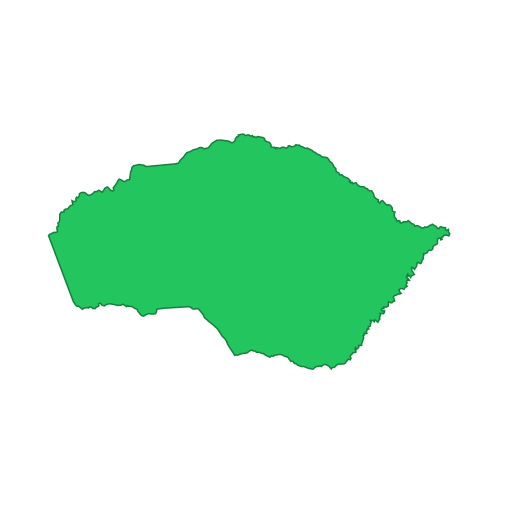 Jaraguari, Mato Grosso do Sul, Brazil, rotated 333°
{"feature_id": "56859067B2748289037415", "entity_name": "Jaraguari", "entity_type": "district", "adm_level": 2, "iso_a3": "BRA", "parent_name": "Brazil", "parent_adm1": "Mato Grosso do Sul", "projection": "equal_earth", "projection_center": [-54.287, -20.248], "detail": "fine", "context": "isolated", "style": "filled", "palette": "green", "viewbox_px": 512, "rotation_deg": 333, "n_neighbors": 0, "source": "geoboundaries", "source_scale": "gbopen_adm2", "svg_char_len": 6140}
<svg xmlns="http://www.w3.org/2000/svg" viewBox="0 0 512 512"><g transform="rotate(333 256 256)"><path d="M225.8,137.2L198.8,126.5L197.1,123.9L195.7,123.3L194.3,121.9L192.0,121.0L189.9,120.6L188.0,120.0L185.6,120.8L184.4,122.8L182.9,123.6L178.1,130.4L175.2,129.7L173.7,130.3L172.2,129.7L171.2,128.4L170.2,126.7L169.0,125.4L167.0,126.3L165.2,127.7L163.0,128.9L160.8,129.9L159.7,130.5L159.1,132.9L157.5,132.9L156.2,131.1L155.2,127.3L153.6,126.8L151.9,127.1L150.1,128.3L147.8,129.4L146.9,127.6L145.8,126.1L144.4,126.0L143.3,126.4L141.4,125.4L139.1,126.2L136.4,126.6L134.3,125.8L133.3,124.2L132.6,122.3L131.1,120.9L129.0,120.2L127.0,120.3L126.2,121.7L125.1,122.6L123.6,123.2L122.8,122.1L121.5,123.2L120.8,125.2L119.6,125.2L118.1,124.6L117.2,123.2L116.7,124.7L116.3,126.8L115.0,127.2L113.4,126.9L111.7,127.5L110.3,128.3L109.0,128.5L107.7,127.7L105.8,128.0L104.9,129.7L102.5,128.4L100.0,129.8L97.5,134.8L96.2,136.3L94.4,136.7L93.8,139.6L92.4,139.4L91.2,140.6L90.2,144.1L88.6,144.3L86.9,143.2L81.8,143.0L80.4,143.6L72.5,214.4L72.9,216.1L73.1,218.0L73.6,219.6L75.0,220.0L77.2,224.7L78.8,224.4L81.8,225.1L83.2,226.3L84.7,225.8L86.3,227.1L86.7,228.7L88.8,229.8L90.3,229.1L92.1,229.3L93.4,229.0L93.9,227.2L95.8,227.2L96.3,229.6L98.1,231.6L100.2,231.3L102.4,231.6L104.5,232.5L108.8,235.8L110.1,237.2L111.3,237.5L112.4,238.3L114.1,238.6L115.4,238.4L116.6,240.3L117.8,242.5L119.1,241.9L119.8,243.1L121.5,243.9L123.0,245.4L124.0,247.3L125.9,249.7L125.7,252.0L126.8,256.7L128.2,258.4L130.1,258.6L131.3,258.2L134.4,258.6L136.1,260.0L137.6,260.8L140.3,261.8L141.9,260.6L143.5,258.3L150.7,260.9L173.0,270.6L174.3,271.7L175.4,274.2L176.9,275.3L180.6,276.6L182.3,284.1L182.1,287.7L183.5,290.6L183.9,292.2L186.2,297.0L188.6,303.4L189.0,307.4L189.3,308.9L189.3,310.9L189.6,312.6L190.7,315.5L191.0,317.9L190.7,322.0L191.0,326.0L191.8,332.5L191.8,334.8L193.0,335.0L194.8,336.1L197.4,336.2L199.3,336.7L203.3,338.1L204.7,338.2L206.6,337.7L208.5,337.7L209.8,338.2L210.6,339.5L211.9,340.1L212.9,342.2L214.4,342.9L215.9,343.9L216.8,345.4L218.1,346.0L218.8,347.6L221.6,351.6L222.7,352.5L224.6,352.0L225.8,353.2L227.3,352.8L230.5,353.8L232.8,354.6L234.9,356.5L235.7,358.0L237.8,359.9L238.6,361.4L238.7,363.7L239.3,365.7L241.2,366.8L241.4,369.2L242.9,370.1L243.7,372.4L246.8,375.5L248.1,375.9L249.7,377.5L251.1,379.2L252.8,380.8L255.4,382.7L257.1,382.2L258.8,382.0L260.3,382.0L261.5,382.7L262.8,382.8L264.0,384.2L265.4,383.7L266.8,383.6L268.5,384.0L269.7,385.5L271.0,387.3L271.3,389.2L271.8,390.8L273.0,390.0L274.5,390.6L276.4,390.6L278.3,389.7L279.6,389.8L280.8,389.9L283.6,391.3L285.3,392.0L287.1,392.0L288.1,391.1L289.7,390.7L291.3,389.8L292.8,391.2L294.2,390.4L294.4,388.0L295.7,387.3L297.1,387.0L298.5,386.2L301.2,387.1L302.0,385.7L301.9,384.0L303.1,382.8L303.3,384.6L304.6,384.6L305.9,384.2L307.0,382.2L308.0,383.0L309.6,383.5L310.3,382.1L313.7,378.9L315.0,377.5L315.1,375.7L316.4,375.6L317.3,373.9L318.2,375.0L319.8,375.2L319.8,373.3L321.0,373.0L321.9,371.5L323.4,372.3L323.8,370.1L326.0,370.3L327.3,368.3L328.6,367.3L328.7,365.3L330.7,366.5L331.5,368.3L332.7,366.8L333.6,368.2L334.5,370.4L336.3,369.1L337.7,368.5L338.3,366.4L339.9,365.5L340.5,363.4L343.0,365.2L344.4,364.9L345.7,363.3L343.9,362.4L343.2,361.1L344.2,360.0L346.0,361.0L346.4,359.5L349.0,360.6L350.9,360.8L353.3,357.0L354.5,358.6L355.8,359.4L357.3,358.8L359.1,359.0L359.8,355.0L360.9,354.2L363.8,354.5L365.4,354.4L367.0,355.2L368.4,355.2L367.8,353.4L368.0,351.1L369.2,350.7L370.6,350.9L371.7,351.7L372.8,352.9L374.7,351.7L376.9,351.7L376.7,349.6L378.5,348.5L378.7,346.7L380.0,346.3L381.6,347.3L381.4,345.6L380.4,344.7L380.7,342.5L382.9,341.1L382.3,343.1L383.7,342.8L384.1,345.4L385.5,344.2L388.7,344.4L388.3,339.3L389.5,336.8L390.6,338.2L391.2,340.0L392.4,339.0L394.2,338.3L396.2,335.6L397.6,335.2L398.3,336.7L399.5,337.5L401.1,336.3L402.4,334.9L404.1,334.4L404.3,332.9L405.6,331.8L406.3,330.1L407.8,330.7L409.9,330.8L411.9,329.5L413.3,329.7L414.4,330.4L415.6,330.3L416.9,329.8L417.8,328.1L419.5,327.4L421.0,327.6L422.9,327.5L423.9,326.3L425.2,323.6L426.8,323.1L428.2,323.6L428.0,325.6L429.4,325.6L429.5,323.8L431.2,323.8L432.6,323.0L434.1,323.2L435.5,324.2L437.0,325.7L438.6,324.2L438.5,321.9L439.5,319.7L437.4,319.8L436.9,318.3L437.7,316.8L435.2,315.3L434.3,313.9L433.0,313.8L431.7,314.6L430.2,313.7L430.0,311.7L427.5,307.7L426.0,308.0L424.8,307.5L423.4,307.9L421.1,307.9L419.6,306.7L418.1,307.0L416.7,306.6L413.9,302.4L412.7,301.8L411.1,301.6L411.1,299.6L409.5,297.8L407.7,293.5L406.1,294.0L404.6,293.3L403.5,292.6L402.3,292.5L400.8,292.8L399.4,291.8L400.1,290.1L398.8,289.0L397.4,289.0L397.7,286.3L397.1,284.0L398.2,281.4L399.8,279.9L398.7,278.9L398.0,277.6L399.2,275.0L398.8,271.9L397.2,270.4L395.5,270.0L393.9,264.0L391.8,264.0L390.3,265.0L389.6,263.0L390.6,261.5L389.6,260.4L388.7,258.4L388.2,256.9L388.7,255.3L388.9,253.2L388.6,250.5L387.0,249.6L386.0,248.2L385.7,246.5L384.4,245.5L383.7,243.5L382.1,242.4L380.5,241.6L379.4,240.1L378.8,238.7L378.4,236.2L376.9,235.7L375.2,235.6L375.0,233.9L373.7,234.1L373.0,232.3L374.3,232.1L373.1,228.3L370.2,225.0L369.4,222.6L367.5,221.7L367.5,219.6L366.3,218.2L366.0,216.1L366.8,214.3L366.0,212.0L366.1,209.5L365.8,207.3L364.8,205.7L364.6,203.1L364.2,201.2L363.3,200.0L359.9,197.8L358.7,195.0L357.6,194.0L356.7,192.7L355.8,190.7L354.4,189.0L354.0,187.5L351.6,184.2L350.5,183.0L348.8,182.6L346.8,179.5L345.7,178.9L345.0,176.9L343.4,176.2L342.1,174.9L340.4,175.6L339.1,175.5L337.0,174.7L336.2,173.1L334.7,172.5L333.7,173.6L331.6,173.6L330.2,171.7L328.4,170.9L326.4,171.1L323.4,168.7L322.3,169.5L322.0,167.6L320.4,166.9L319.1,165.8L319.9,163.3L319.6,160.9L317.9,159.6L316.2,156.6L317.0,155.4L316.2,153.8L311.6,150.2L309.8,150.5L308.7,148.8L307.6,148.7L307.5,147.1L305.8,146.8L304.2,144.5L301.0,143.8L300.6,142.1L299.1,141.2L295.2,140.1L294.6,141.5L293.0,141.2L291.2,141.9L289.4,144.0L287.1,144.4L285.9,144.1L283.7,141.2L282.3,140.1L280.5,139.0L277.7,136.9L273.7,135.1L268.1,135.5L263.8,137.5L261.9,138.0L260.5,137.3L258.7,137.1L257.5,135.5L256.2,134.3L254.6,133.7L252.9,133.9L248.1,132.9L244.7,133.1L241.4,132.5L239.7,133.1L236.2,135.0L234.3,135.5L231.6,136.5L230.1,137.5L228.7,138.0L225.8,137.2Z" fill="#22c55e" stroke="#15803d" stroke-width="1.5"/></g></svg>